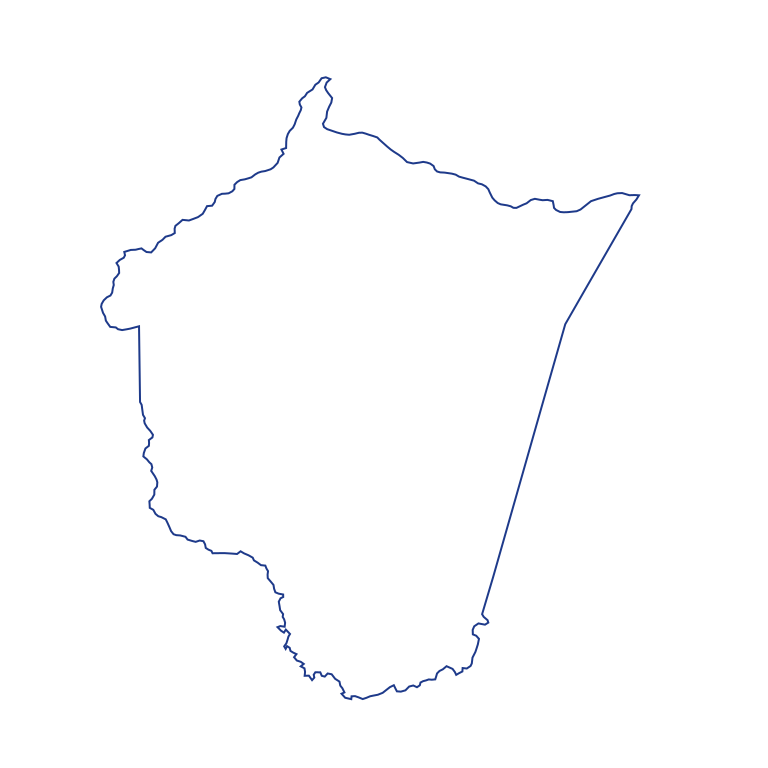 the district of Terra Nova do Norte, Mato Grosso, Brazil, rotated 84°
{"feature_id": "56859067B55158769259691", "entity_name": "Terra Nova do Norte", "entity_type": "district", "adm_level": 2, "iso_a3": "BRA", "parent_name": "Brazil", "parent_adm1": "Mato Grosso", "projection": "robinson", "projection_center": [-54.989, -10.486], "detail": "fine", "context": "isolated", "style": "outline", "palette": "blue", "viewbox_px": 768, "rotation_deg": 84, "n_neighbors": 0, "source": "geoboundaries", "source_scale": "gbopen_adm2", "svg_char_len": 4696}
<svg xmlns="http://www.w3.org/2000/svg" viewBox="0 0 768 768"><g transform="rotate(84 384 384)"><path d="M225.5,628.5L228.9,628.1L231.2,629.6L233.0,633.8L235.7,637.4L239.5,635.6L242.9,635.6L245.9,635.8L248.9,638.4L251.0,641.1L254.1,642.5L257.3,642.4L260.5,643.7L264.7,644.8L267.4,646.8L268.8,650.5L271.5,654.0L274.8,656.4L277.7,657.3L283.9,656.0L287.7,654.3L291.9,654.0L294.4,652.7L298.6,650.3L299.7,644.8L301.7,642.8L303.0,638.8L302.7,634.2L302.4,630.7L301.0,621.6L376.4,628.5L379.4,627.2L389.5,626.9L393.0,625.3L395.4,626.4L398.1,626.1L402.5,624.1L406.3,621.3L410.4,619.1L412.9,619.9L415.2,623.7L418.1,623.8L420.9,624.3L423.2,628.0L427.6,630.1L430.9,630.9L434.1,627.7L437.3,625.6L439.4,623.7L442.8,623.2L446.1,624.6L451.7,621.6L455.3,620.2L458.1,619.7L462.3,620.5L465.2,623.4L470.0,624.0L473.9,626.8L476.1,629.6L479.7,629.7L482.7,629.9L485.0,626.6L489.3,624.8L491.9,622.3L493.1,619.4L495.8,615.2L499.0,614.0L503.8,612.4L508.1,611.1L511.4,609.0L512.6,606.4L513.3,602.5L515.2,597.4L518.2,595.6L520.1,591.1L521.3,587.8L520.4,583.6L521.5,580.0L524.8,578.7L528.4,578.4L530.4,575.9L531.9,573.1L534.4,572.2L535.1,564.6L535.5,560.4L536.8,552.7L537.7,547.9L535.4,544.1L537.8,540.9L540.2,536.6L543.0,532.7L545.8,531.8L548.5,528.3L551.3,525.3L552.2,521.0L555.2,520.2L558.0,518.9L561.4,519.7L564.9,519.9L568.7,517.3L572.3,514.9L576.1,514.7L579.8,513.8L581.5,510.7L582.8,506.3L585.3,506.5L586.3,509.3L589.5,511.4L594.0,511.1L598.1,510.9L602.3,508.4L605.0,509.1L607.6,507.9L611.1,507.3L615.0,508.2L613.9,512.4L614.7,515.3L618.6,512.2L620.8,509.5L618.0,507.3L622.8,503.6L625.1,505.4L628.1,506.6L631.7,508.2L634.5,510.7L637.2,509.5L634.6,507.8L636.5,505.4L639.7,504.9L641.7,502.3L643.5,499.3L646.3,502.0L649.9,499.6L651.6,495.8L654.0,493.1L656.1,496.3L658.5,492.8L662.1,492.6L665.9,493.4L666.2,489.2L671.0,486.5L668.7,484.0L665.8,484.3L663.5,482.4L664.1,477.5L667.7,476.4L668.8,473.5L666.0,470.3L667.2,466.4L672.1,463.4L675.3,459.4L679.4,459.0L682.2,457.2L686.6,455.6L687.6,458.6L692.0,455.4L694.0,449.5L691.2,448.9L691.4,445.4L693.0,442.0L695.1,438.1L694.3,434.4L693.1,430.4L692.8,427.3L692.4,422.6L691.0,417.6L688.6,413.8L686.1,409.8L684.6,405.7L688.2,404.4L691.0,403.3L691.7,399.4L690.9,394.7L687.5,390.6L686.9,386.4L689.0,382.9L687.4,379.9L684.7,378.9L683.6,376.1L683.2,373.3L682.5,370.4L683.1,367.3L683.1,363.9L680.1,362.6L677.4,361.5L675.2,358.8L673.9,355.3L671.2,351.3L674.5,345.6L677.9,343.6L680.8,342.6L679.4,339.5L678.1,336.1L674.7,335.5L675.6,331.4L673.5,327.4L671.1,325.9L665.4,324.6L660.0,321.1L656.7,319.6L652.8,317.9L647.4,316.2L644.0,318.6L642.3,321.8L637.8,321.5L634.4,319.6L632.0,315.1L633.9,308.7L632.2,305.2L629.7,305.7L626.0,309.2L623.2,310.5L586.8,295.4L489.1,256.1L423.4,229.7L343.5,197.5L312.2,174.9L235.9,119.6L233.0,119.1L230.4,117.5L226.9,113.7L223.0,110.7L222.3,114.8L221.9,120.2L219.0,127.2L218.7,132.0L219.1,135.2L220.2,139.4L222.2,151.7L223.8,159.0L231.0,170.3L232.3,174.3L232.3,183.2L232.0,187.4L231.3,190.9L228.9,194.7L226.6,196.5L224.0,196.6L219.8,197.0L218.0,202.1L217.8,207.0L217.0,210.0L215.6,214.6L216.4,218.8L219.2,223.3L220.2,226.8L222.7,233.9L222.3,236.9L220.5,239.4L219.2,242.8L217.5,249.2L215.9,252.0L212.9,254.8L210.0,256.8L204.6,258.8L201.1,259.9L198.1,262.2L195.6,265.8L194.3,269.5L191.2,273.2L188.7,279.7L187.0,284.2L185.6,287.7L183.3,290.8L181.9,294.5L180.1,301.6L179.4,306.0L178.2,309.0L175.8,311.0L172.4,311.9L169.6,315.1L168.2,318.3L167.2,321.8L167.5,325.6L167.7,332.0L165.7,337.9L161.1,341.7L157.6,345.4L154.2,349.7L151.5,352.8L148.1,356.1L143.6,360.2L140.5,363.0L138.1,364.9L136.2,369.0L134.5,373.0L133.1,376.0L131.8,379.2L131.5,382.5L132.1,387.0L132.5,392.5L131.8,396.1L130.8,399.6L128.9,404.6L127.0,408.7L124.6,413.9L122.2,416.8L118.8,417.5L113.3,413.5L107.1,412.1L102.4,409.5L98.6,407.0L94.2,405.7L88.9,409.1L85.7,410.8L82.6,411.7L78.2,409.5L75.2,405.5L72.9,409.8L73.4,414.1L77.3,417.5L79.2,421.0L83.6,424.3L86.4,430.0L89.6,432.6L91.3,435.5L94.4,438.7L97.3,438.5L100.3,437.2L102.9,438.1L105.9,440.0L108.3,441.3L111.8,443.6L116.4,445.7L119.6,447.8L122.4,451.3L125.4,453.5L129.3,455.2L132.8,455.9L139.1,456.7L140.1,461.5L144.6,459.8L147.8,464.3L153.0,466.7L157.1,471.4L158.6,474.3L159.8,479.9L160.0,483.8L160.7,487.0L162.1,490.2L164.6,494.2L165.2,497.1L165.9,501.0L166.2,505.6L167.8,508.9L170.2,511.9L174.4,512.4L176.5,514.7L178.1,518.6L178.1,522.2L177.9,525.3L179.5,530.1L182.4,532.3L185.3,533.3L188.7,536.3L188.6,541.4L192.4,544.0L195.8,546.5L198.6,551.6L199.9,556.5L201.0,560.9L199.7,567.2L202.7,571.4L204.9,574.9L207.6,576.0L212.0,576.3L213.7,580.0L214.7,585.9L217.5,589.3L219.9,593.9L225.1,597.4L228.8,601.8L227.9,606.4L225.7,609.0L223.8,611.0L224.1,614.0L224.5,617.0L224.2,621.8L225.5,628.5Z" fill="none" stroke="#1e3a8a" stroke-width="2"/></g></svg>